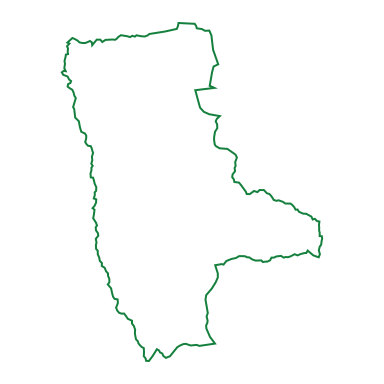 outline of Candelária, Rio Grande do Sul, Brazil
{"feature_id": "56859067B11258082184478", "entity_name": "Candelária", "entity_type": "district", "adm_level": 2, "iso_a3": "BRA", "parent_name": "Brazil", "parent_adm1": "Rio Grande do Sul", "projection": "natural_earth1", "projection_center": [-52.807, -29.711], "detail": "fine", "context": "isolated", "style": "outline", "palette": "green", "viewbox_px": 384, "rotation_deg": 0, "n_neighbors": 0, "source": "geoboundaries", "source_scale": "gbopen_adm2", "svg_char_len": 3621}
<svg xmlns="http://www.w3.org/2000/svg" viewBox="0 0 384 384"><path d="M215.0,343.6L210.0,336.9L206.4,328.6L206.1,325.4L207.3,323.1L207.6,320.6L206.6,316.5L207.8,313.0L205.5,299.7L206.2,295.1L211.7,288.7L215.6,282.5L217.8,277.5L217.8,273.4L216.4,269.0L215.2,265.2L221.7,264.1L223.5,264.6L226.4,261.0L231.9,258.8L235.8,258.1L239.1,256.1L244.9,256.2L247.2,257.3L249.1,257.3L252.2,259.4L255.6,260.6L261.3,260.4L262.8,262.0L264.9,261.7L267.3,261.6L270.0,260.4L271.5,257.6L273.9,257.6L276.5,256.4L281.0,255.9L283.7,257.6L285.8,257.0L288.0,257.2L290.7,256.3L294.6,254.2L297.6,255.4L300.2,254.2L304.1,253.1L306.3,253.0L307.7,250.6L313.2,255.3L315.8,256.3L318.7,257.3L319.9,254.2L318.8,250.3L319.8,246.5L321.1,244.9L321.6,241.2L322.2,238.4L321.8,236.2L319.7,236.1L319.7,232.6L319.1,230.4L319.2,228.0L319.0,224.7L319.4,221.5L317.1,221.1L314.8,218.8L312.7,219.5L311.4,216.6L306.2,213.8L303.0,213.6L299.0,211.8L297.5,209.5L295.6,209.7L294.2,207.1L292.3,205.0L290.5,203.6L285.2,203.5L283.1,201.9L278.6,200.3L276.6,200.8L273.8,200.0L271.4,196.2L269.4,194.0L266.8,193.2L264.0,190.1L259.6,190.0L257.5,192.1L254.0,191.0L249.8,194.1L246.7,194.0L245.9,191.8L241.5,185.7L239.0,182.6L234.4,182.0L233.8,179.3L232.2,177.2L232.6,174.4L235.1,171.1L234.6,168.1L235.6,165.9L235.2,162.1L236.9,157.5L235.5,154.6L227.4,148.9L219.6,148.3L216.0,146.2L214.8,144.6L214.1,140.2L214.1,137.3L215.0,131.8L217.3,128.1L217.1,124.3L215.7,121.3L216.8,118.9L219.8,116.1L209.1,114.2L206.9,113.2L203.8,111.8L200.1,107.7L199.0,103.9L195.3,90.2L214.4,87.9L212.1,86.8L209.7,85.9L212.1,72.1L213.6,66.5L218.2,64.3L213.1,49.8L211.4,35.3L209.3,30.6L205.0,30.8L202.0,29.1L196.8,28.3L196.1,25.9L194.7,23.8L178.5,23.0L177.9,26.3L176.8,28.9L165.1,31.5L149.3,34.0L147.7,35.4L144.7,36.5L140.8,36.2L136.5,35.3L134.9,36.6L132.3,35.8L130.1,37.1L127.5,36.3L121.0,35.2L118.1,37.1L116.7,38.8L115.0,39.8L112.6,39.5L105.5,39.9L102.3,42.0L100.3,39.7L96.7,39.7L92.2,45.2L91.9,42.4L90.0,41.0L87.8,42.0L85.3,43.0L82.3,43.0L79.5,42.4L77.4,40.5L74.7,39.0L72.4,38.0L70.3,39.9L67.4,42.6L69.4,43.6L67.0,46.3L68.0,48.3L67.7,51.5L68.0,54.1L65.9,54.6L65.5,57.2L64.5,61.1L65.0,63.8L64.3,68.1L65.7,71.2L63.6,70.9L61.8,72.4L63.2,74.8L67.6,76.5L69.1,79.5L71.1,81.1L70.3,83.1L68.1,84.1L67.6,86.6L69.7,88.2L72.3,89.8L73.6,92.6L74.4,95.8L75.8,98.1L73.1,107.1L74.2,109.0L75.2,117.6L78.8,121.2L79.9,127.0L80.5,129.2L81.3,131.8L85.1,133.6L86.3,135.9L86.1,138.9L85.2,142.0L86.6,144.3L88.1,145.8L90.7,146.1L91.8,148.5L92.3,150.7L93.1,153.0L91.9,156.6L92.3,160.3L91.3,163.7L92.7,165.8L91.4,167.8L91.5,170.1L90.5,173.5L90.8,177.4L93.1,177.7L94.1,181.0L94.6,183.5L96.3,187.2L96.1,190.9L94.7,192.3L94.8,195.1L93.8,198.5L96.2,199.3L96.1,202.5L94.6,205.8L92.6,208.2L94.5,209.7L93.9,214.5L93.2,218.3L96.0,222.7L97.0,225.6L95.7,227.3L96.0,230.4L97.9,233.1L98.3,235.7L95.8,238.8L96.5,242.7L95.9,244.9L96.1,248.9L97.7,250.7L97.8,254.4L99.2,257.5L99.8,260.9L101.9,263.0L101.8,266.0L104.6,267.7L106.1,271.3L108.0,273.4L108.0,275.7L109.3,278.9L109.4,282.2L107.8,284.4L111.1,288.4L112.0,292.7L113.1,296.8L114.6,298.9L117.6,299.4L117.9,302.9L117.1,305.2L116.1,307.6L117.2,310.5L119.1,312.8L121.9,313.7L124.0,313.5L125.6,315.5L127.8,318.8L132.0,320.7L132.0,323.6L133.8,325.9L135.1,329.6L134.9,333.7L136.0,339.3L137.8,341.2L138.5,343.5L140.1,345.4L141.7,347.0L143.8,348.1L144.0,351.8L143.8,356.2L145.6,358.4L146.1,360.8L148.9,361.0L152.8,355.8L156.9,349.2L159.0,350.5L160.1,352.5L162.3,353.5L163.2,355.8L165.9,357.9L167.9,357.0L169.8,356.4L171.7,354.1L177.2,347.3L179.7,345.7L183.0,344.2L185.8,343.8L188.6,344.8L190.9,345.5L193.4,345.2L196.7,344.9L199.3,345.9L215.0,343.6Z" fill="none" stroke="#15803d" stroke-width="2"/></svg>